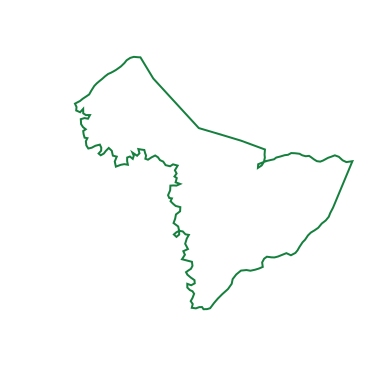 Rincão, São Paulo, Brazil, rotated 200°
{"feature_id": "56859067B73201161299146", "entity_name": "Rincão", "entity_type": "district", "adm_level": 2, "iso_a3": "BRA", "parent_name": "Brazil", "parent_adm1": "São Paulo", "projection": "natural_earth1", "projection_center": [-48.011, -21.577], "detail": "fine", "context": "isolated", "style": "outline", "palette": "green", "viewbox_px": 384, "rotation_deg": 200, "n_neighbors": 0, "source": "geoboundaries", "source_scale": "gbopen_adm2", "svg_char_len": 2782}
<svg xmlns="http://www.w3.org/2000/svg" viewBox="0 0 384 384"><g transform="rotate(200 192 192)"><path d="M51.8,275.8L57.2,272.9L61.3,273.3L66.1,275.3L70.3,275.3L73.1,272.9L75.9,270.6L79.6,266.4L81.9,264.4L85.2,263.7L88.6,264.4L91.2,265.2L94.3,266.0L97.4,264.5L101.1,264.2L104.0,264.7L108.3,263.7L112.1,262.5L114.5,259.8L117.5,258.3L121.1,255.6L124.6,253.2L126.1,250.8L128.8,249.1L132.0,247.0L134.7,244.9L135.3,249.2L136.6,251.9L138.0,256.9L163.5,257.0L181.4,256.0L207.5,254.4L267.2,285.4L286.5,300.9L289.1,300.1L292.9,299.1L295.9,296.9L298.5,293.4L299.6,290.1L301.8,285.6L305.2,280.7L307.1,278.4L309.0,276.3L311.2,274.2L313.3,270.9L315.0,267.7L317.0,264.4L318.7,261.4L320.1,258.2L321.3,252.7L322.0,248.5L324.6,244.9L326.6,242.2L328.3,239.3L332.2,235.0L329.6,232.4L328.7,229.0L324.4,228.7L322.7,232.9L321.1,228.7L317.9,228.0L314.2,229.4L314.8,225.3L318.3,224.7L321.4,222.4L319.4,217.8L316.6,215.7L313.3,214.6L315.1,212.1L313.6,209.2L311.5,206.3L308.7,206.8L309.1,203.4L307.2,199.6L304.3,197.4L301.4,199.3L298.6,202.4L294.8,205.0L292.4,202.6L291.5,199.7L292.9,196.2L290.3,195.3L288.0,198.0L287.0,201.2L285.3,204.9L281.5,203.3L278.8,199.1L274.8,199.5L275.0,194.2L272.2,189.8L268.2,193.2L265.2,195.0L261.6,195.7L263.5,198.8L264.7,202.2L262.5,204.1L259.0,202.9L259.1,206.1L261.5,208.7L256.0,207.3L254.6,210.4L257.1,214.0L253.8,214.6L251.2,215.2L249.5,212.7L247.6,210.5L247.2,207.3L244.4,207.3L242.0,210.6L239.1,213.7L235.9,213.0L233.0,211.0L229.4,210.7L226.0,208.2L221.4,208.7L219.3,211.5L214.5,211.9L215.5,206.6L212.8,204.1L213.8,200.6L211.1,199.9L210.7,195.5L205.9,195.5L208.8,192.7L211.7,191.8L214.5,190.6L213.1,186.1L213.4,180.8L211.3,178.6L208.7,179.1L209.0,176.0L205.8,174.5L202.6,173.3L197.8,173.8L196.6,169.8L199.4,165.4L198.7,161.2L198.7,156.5L193.2,154.9L190.8,151.1L187.2,151.8L183.7,150.0L180.3,150.6L181.0,146.4L180.7,141.0L176.3,137.0L179.9,133.4L177.2,130.6L178.4,125.4L172.1,126.0L168.2,126.4L166.3,122.8L166.7,119.5L168.6,117.0L170.2,114.6L168.0,112.7L163.9,111.2L159.5,110.0L158.2,107.1L160.9,104.1L165.0,104.1L163.7,100.6L160.4,99.1L157.6,98.9L155.2,97.1L155.3,92.5L155.9,89.0L153.0,87.0L152.6,83.1L148.5,84.0L145.8,86.3L143.2,87.3L141.1,85.8L137.8,87.1L135.2,89.0L133.3,95.3L131.3,100.6L128.7,106.2L125.0,113.1L123.3,119.3L124.0,124.0L122.2,129.7L119.1,134.9L114.1,137.3L110.2,138.0L106.2,140.5L102.9,143.0L99.9,145.8L102.0,149.8L101.4,154.0L99.5,156.8L94.9,157.8L92.0,158.8L89.1,160.8L82.4,166.8L77.4,166.4L74.0,170.1L72.9,173.2L72.2,177.2L70.9,182.6L69.4,185.9L68.2,190.8L66.4,194.6L63.8,197.8L61.1,201.6L59.3,206.7L56.6,211.0L55.0,215.5L54.9,219.6L54.1,225.6L51.8,275.8ZM134.7,244.9L135.6,240.8L138.3,237.2L139.3,240.7L134.7,244.9ZM190.8,151.1L192.9,148.8L194.5,145.9L191.3,144.5L189.5,147.6L190.8,151.1Z" fill="none" stroke="#15803d" stroke-width="2"/></g></svg>